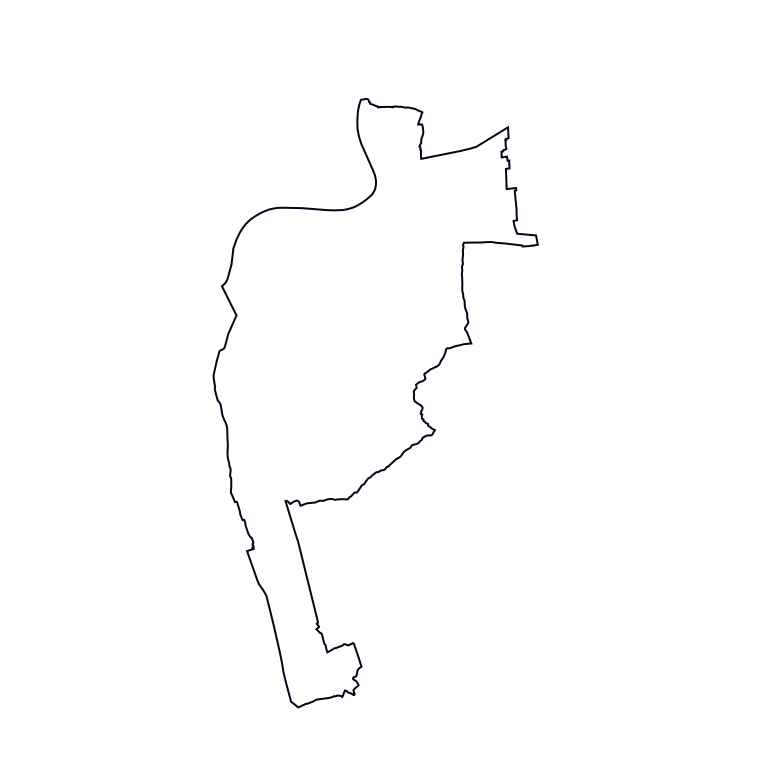 Mueang Samut Prakan, Samut Prakan, Thailand (Natural Earth projection), rotated 63°
{"feature_id": "78962969B45511956766283", "entity_name": "Mueang Samut Prakan", "entity_type": "district", "adm_level": 2, "iso_a3": "THA", "parent_name": "Thailand", "parent_adm1": "Samut Prakan", "projection": "natural_earth1", "projection_center": [100.67, 13.577], "detail": "fine", "context": "isolated", "style": "outline", "palette": "ink", "viewbox_px": 768, "rotation_deg": 63, "n_neighbors": 0, "source": "geoboundaries", "source_scale": "gbopen_adm2", "svg_char_len": 6129}
<svg xmlns="http://www.w3.org/2000/svg" viewBox="0 0 768 768"><g transform="rotate(63 384 384)"><path d="M600.8,529.1L600.7,534.4L598.2,536.9L597.6,537.7L598.2,539.6L597.5,546.5L597.0,548.2L597.5,556.2L594.1,555.8L590.5,554.6L588.6,555.1L587.8,555.0L578.4,552.9L577.9,553.0L576.8,553.9L571.9,555.6L571.0,552.2L570.5,552.0L567.1,552.8L566.9,552.5L566.8,551.3L566.5,551.0L484.1,531.8L483.3,531.9L443.5,524.9L443.7,524.0L444.9,523.2L445.9,522.7L446.5,522.7L447.0,522.1L447.8,522.1L448.4,521.9L448.4,521.0L447.9,518.5L447.9,517.7L448.2,514.9L448.9,513.9L449.6,513.5L450.7,513.2L452.1,513.3L453.8,513.7L454.4,513.7L454.7,513.5L454.8,511.1L455.5,506.2L458.3,499.4L458.8,494.2L460.7,490.9L460.8,488.8L461.3,486.1L462.8,482.5L464.9,480.4L466.0,477.3L467.8,473.2L470.0,469.4L470.3,468.5L470.1,467.7L469.3,466.4L469.0,463.9L468.5,462.7L467.4,459.6L467.5,458.9L468.3,457.6L468.3,457.0L465.4,451.7L464.7,450.7L464.2,448.9L464.2,447.0L462.5,444.3L460.8,440.5L461.1,439.0L460.2,436.5L459.2,431.4L459.3,430.3L459.9,429.0L459.7,425.9L460.6,423.3L460.4,422.5L460.4,421.4L459.4,419.8L459.3,418.2L459.4,416.6L458.8,415.7L457.1,409.4L456.4,407.2L456.6,406.1L456.3,405.2L456.5,404.2L455.9,401.6L455.4,400.4L454.0,398.2L453.3,396.0L453.0,393.7L452.8,389.6L452.4,388.7L451.6,387.7L451.4,387.0L451.5,385.3L452.2,382.4L452.3,380.1L451.3,377.8L451.1,375.9L450.6,375.2L449.6,374.3L449.5,373.9L449.3,370.0L449.8,368.1L451.0,365.8L451.2,364.9L451.1,364.1L450.6,363.2L449.5,361.8L448.3,359.6L448.0,359.6L446.4,361.0L444.6,362.0L443.2,362.4L441.5,363.6L440.9,363.5L439.8,362.9L439.1,363.5L438.5,363.6L437.6,364.5L436.2,364.7L435.0,365.6L434.7,365.6L433.3,364.9L432.2,365.9L429.7,364.8L428.6,363.8L428.1,363.9L427.5,364.8L427.2,364.8L426.5,364.0L425.4,363.5L424.6,362.2L423.9,361.5L423.6,360.9L422.3,360.3L420.0,360.7L416.5,362.9L413.7,364.3L412.7,364.5L410.2,363.9L409.2,363.1L408.1,362.7L406.9,361.9L404.3,361.0L403.3,359.6L402.2,356.6L399.2,355.8L398.5,352.3L398.5,350.5L399.1,348.6L398.5,345.2L398.0,344.7L396.8,344.3L393.9,343.8L393.5,343.5L393.2,342.9L392.6,338.0L392.0,335.8L392.3,333.6L392.2,331.2L392.4,328.8L392.1,327.0L391.4,325.4L390.8,324.5L389.3,322.9L387.3,319.2L386.4,318.0L384.6,315.8L381.5,313.1L380.9,312.2L381.0,311.4L381.9,309.3L382.8,302.7L383.7,299.8L384.7,295.1L387.5,287.8L376.1,286.6L374.8,286.6L372.8,287.0L371.7,286.9L371.0,286.5L370.6,285.9L368.0,281.5L366.9,280.6L363.0,279.9L358.4,277.7L354.9,277.5L351.7,276.8L346.6,274.5L343.1,274.1L339.7,272.6L337.4,272.2L335.2,271.3L329.7,268.4L323.5,265.5L321.4,264.8L318.3,262.6L315.2,261.5L314.6,261.1L313.6,259.8L312.6,259.0L309.6,258.0L304.6,254.8L300.6,253.0L298.0,250.9L295.9,250.4L294.4,248.7L297.0,243.3L302.0,233.3L303.9,228.8L306.1,224.0L309.0,220.1L313.6,212.6L323.3,198.0L324.5,198.0L326.0,194.3L326.6,193.2L328.3,188.3L328.5,188.3L329.7,183.7L320.6,181.1L310.6,197.1L303.1,196.2L297.6,194.6L298.5,191.1L293.2,188.9L289.7,187.1L282.1,184.0L279.1,183.0L276.2,181.7L273.7,180.9L271.1,179.6L271.5,178.2L269.3,177.3L266.0,186.2L247.7,177.7L248.9,174.3L241.8,171.0L241.3,172.5L237.2,171.2L235.6,176.2L232.3,174.8L230.3,173.9L230.9,172.2L230.0,171.9L229.8,171.6L230.3,169.1L230.3,168.4L226.4,167.2L224.3,166.1L221.8,165.2L222.1,164.3L221.1,164.0L221.6,161.4L211.6,157.0L214.6,193.9L213.4,200.6L211.0,210.4L200.3,248.6L196.8,247.2L192.6,244.9L191.5,245.3L190.6,244.4L189.9,244.2L188.4,244.7L186.2,241.5L183.3,239.9L182.1,238.9L179.9,236.5L177.8,234.8L177.3,234.6L172.9,232.8L170.0,232.3L168.3,235.7L165.2,232.7L163.2,230.3L160.9,228.3L159.4,226.4L158.8,226.7L155.8,229.5L153.5,231.0L151.5,233.2L151.4,233.7L149.5,235.7L147.9,238.2L147.8,239.0L145.4,242.1L144.3,243.7L143.6,245.3L142.8,246.4L142.4,246.7L142.3,247.5L141.9,247.7L141.8,248.4L141.3,249.1L141.6,249.9L141.2,250.3L141.2,250.8L140.7,251.0L140.6,251.6L140.1,252.6L138.6,255.0L137.8,257.0L137.1,258.2L136.3,260.3L135.8,260.7L135.3,262.1L135.3,262.8L134.7,263.8L133.9,263.6L133.5,263.8L132.9,264.8L130.0,267.1L129.0,268.3L127.8,269.2L126.8,268.5L126.5,268.6L125.9,269.3L124.5,268.9L123.5,268.9L122.7,269.3L121.9,270.4L120.4,275.6L123.5,278.8L128.1,282.6L131.6,284.9L137.8,288.5L144.1,291.5L150.4,293.5L154.5,294.4L160.6,295.3L189.3,296.8L194.2,297.4L198.9,298.7L202.3,300.4L205.4,302.6L206.8,304.0L208.0,305.6L209.6,308.3L210.6,311.3L211.8,316.6L212.5,320.9L212.9,326.7L212.9,330.1L212.4,333.5L211.7,336.9L210.8,340.3L210.0,342.4L206.6,349.7L203.1,356.0L190.1,377.2L181.4,393.4L179.4,397.5L178.2,400.5L177.0,404.6L176.3,407.7L175.8,413.0L175.7,417.3L176.1,422.8L176.7,427.3L177.4,430.6L178.8,434.6L180.6,438.5L183.2,443.0L188.3,449.8L194.8,456.6L208.4,465.7L219.6,475.9L222.0,479.4L223.3,484.0L255.9,484.3L268.9,500.2L278.7,509.0L279.6,510.2L279.9,511.1L279.9,514.7L280.0,515.6L280.3,516.0L282.9,518.2L287.6,522.6L299.1,532.1L302.4,533.4L309.2,535.6L311.9,537.1L314.9,537.9L322.4,539.5L323.6,539.5L326.7,538.9L327.5,538.9L331.2,539.8L337.5,541.9L339.7,542.3L343.8,542.7L346.9,542.7L350.6,543.3L353.3,544.3L359.7,547.4L368.0,551.1L374.8,555.0L377.4,556.1L379.6,556.9L384.0,557.9L386.7,558.9L389.5,559.1L391.8,560.1L395.5,562.6L396.7,563.0L398.0,562.9L400.0,563.6L406.7,567.0L411.2,569.8L413.9,569.8L421.6,570.4L422.0,568.8L422.5,568.5L432.7,570.4L434.6,571.2L439.1,571.7L441.1,571.8L441.6,570.2L444.6,570.6L447.2,571.6L456.5,572.9L460.7,572.3L460.8,572.0L461.6,571.8L466.0,572.3L466.8,573.8L467.4,574.1L468.7,573.7L469.4,574.0L470.0,575.6L470.8,575.7L471.0,574.6L471.8,574.8L470.7,581.9L502.5,586.1L505.8,586.2L513.4,585.2L519.2,584.9L547.2,591.4L577.3,599.0L587.4,601.9L595.4,604.5L605.6,606.9L624.8,611.0L633.3,607.2L633.5,599.3L634.2,596.8L634.4,594.2L634.8,592.5L634.6,591.8L634.7,590.1L634.6,587.4L638.8,575.5L639.1,573.8L639.5,572.9L639.5,570.2L640.4,568.8L640.4,567.2L641.4,565.2L642.1,564.6L642.8,563.7L643.9,563.2L639.5,558.1L639.4,557.8L640.3,556.9L642.5,556.0L644.6,554.0L647.5,552.1L647.6,551.8L646.8,550.8L645.5,551.0L644.7,550.5L643.4,550.5L642.9,550.2L641.9,547.7L641.2,543.8L640.8,543.4L637.0,543.4L633.4,545.3L632.8,545.4L632.1,545.3L631.6,544.2L631.8,542.3L631.7,541.3L631.2,540.7L626.9,537.4L626.0,534.8L625.7,532.4L615.7,530.7L602.1,528.8L600.8,529.1Z" fill="none" stroke="#020617" stroke-width="2"/></g></svg>